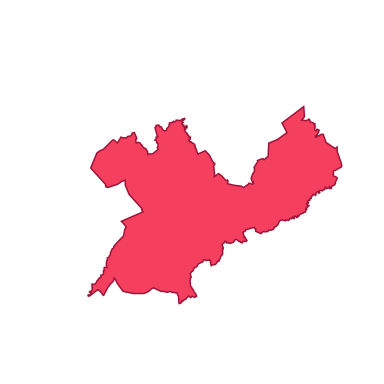 Ixtlán del Río, Nayarit, Mexico (Robinson projection), rotated 55°
{"feature_id": "50627088B6071095399846", "entity_name": "Ixtlán del Río", "entity_type": "district", "adm_level": 2, "iso_a3": "MEX", "parent_name": "Mexico", "parent_adm1": "Nayarit", "projection": "robinson", "projection_center": [-104.302, 21.029], "detail": "fine", "context": "isolated", "style": "filled", "palette": "rose", "viewbox_px": 384, "rotation_deg": 55, "n_neighbors": 0, "source": "geoboundaries", "source_scale": "gbopen_adm2", "svg_char_len": 6056}
<svg xmlns="http://www.w3.org/2000/svg" viewBox="0 0 384 384"><g transform="rotate(55 192 192)"><path d="M267.4,74.0L268.0,72.0L267.7,70.5L267.2,69.6L266.0,68.7L264.8,66.2L263.8,65.0L262.8,65.1L260.0,66.8L257.6,65.6L256.4,64.0L255.9,63.2L256.6,61.6L256.7,58.4L257.3,55.9L256.5,54.3L254.0,53.2L242.6,50.0L238.4,47.4L238.5,49.8L228.3,53.8L219.9,51.4L218.6,54.0L219.1,55.6L218.0,56.7L218.5,58.3L218.3,59.0L217.7,59.4L216.8,58.7L217.1,58.0L216.0,54.7L214.3,52.4L212.3,53.5L213.2,55.3L211.8,55.8L210.4,55.1L208.9,53.3L207.9,53.5L206.8,52.2L206.2,53.1L205.7,52.8L204.7,53.1L202.5,54.9L200.8,54.3L199.5,54.3L199.1,57.8L197.2,59.4L196.0,61.0L194.8,56.7L186.1,51.5L187.1,78.7L197.8,80.1L198.0,90.8L197.8,93.1L196.0,101.1L206.6,109.3L206.5,112.0L207.0,112.5L206.8,114.6L205.2,114.8L203.8,120.1L204.2,120.0L204.8,120.8L207.4,127.0L208.5,127.2L209.3,128.1L210.3,128.4L211.6,130.4L211.7,131.6L214.9,135.9L219.0,136.8L219.0,136.1L220.4,136.9L220.0,137.4L220.0,138.6L218.3,139.3L217.5,140.2L218.1,142.2L217.9,142.7L218.1,147.2L215.5,148.2L210.5,153.8L205.4,158.3L204.3,156.8L203.4,156.1L202.6,156.0L202.4,157.3L201.3,157.8L195.7,158.4L192.1,159.7L192.2,164.8L190.5,163.4L183.1,159.2L182.1,157.1L178.6,157.6L171.8,156.6L165.8,157.5L164.3,165.5L158.2,163.7L157.3,164.1L156.1,162.9L155.0,162.7L153.3,162.8L151.5,163.9L150.1,164.1L149.9,164.9L149.0,164.7L147.7,164.9L147.8,164.4L147.1,163.6L147.6,163.0L146.1,161.8L145.4,162.9L143.9,162.4L144.0,162.8L142.9,163.0L141.0,162.3L139.4,163.0L136.9,162.5L136.9,161.7L136.5,162.4L136.8,161.6L136.1,160.7L135.4,162.2L136.0,160.5L135.8,160.0L136.1,158.8L134.6,158.3L134.6,159.8L134.2,160.6L135.1,160.9L134.1,160.7L135.0,161.0L134.9,161.2L133.9,160.8L133.3,161.1L132.4,160.4L132.2,161.5L129.8,160.9L130.1,159.5L128.9,159.8L128.5,159.4L128.4,157.7L127.9,155.9L127.5,155.8L126.6,158.4L126.9,160.4L124.1,163.6L124.6,163.9L124.4,166.5L123.6,166.5L123.7,168.2L122.5,171.0L123.6,171.3L123.8,172.2L125.0,173.5L125.6,176.3L126.9,177.9L125.9,179.5L125.0,180.3L122.3,179.9L120.5,180.0L120.1,181.0L118.9,181.1L118.4,180.7L117.4,181.9L116.9,183.3L117.8,184.0L117.9,184.9L118.3,185.1L118.2,185.5L125.2,188.0L127.0,188.0L127.0,188.8L126.4,189.9L128.0,191.1L128.2,192.6L129.2,191.6L131.4,192.7L132.7,192.3L133.4,192.4L134.9,193.6L135.4,194.7L136.3,195.2L137.9,195.4L137.8,198.1L138.2,201.8L137.1,204.2L135.8,205.8L136.0,206.6L135.7,206.9L133.8,205.3L130.2,205.0L127.6,206.3L125.2,206.4L124.9,206.1L123.6,206.6L122.2,206.3L120.6,207.3L120.0,209.3L119.5,209.6L116.5,207.8L116.8,207.1L116.3,206.4L110.2,205.1L109.4,207.3L110.9,209.3L110.5,211.0L109.6,212.8L109.9,215.3L109.0,215.9L108.1,217.3L106.3,218.8L106.6,219.1L108.9,225.1L104.5,226.1L103.9,227.3L106.2,240.2L105.4,243.6L105.5,247.5L114.2,261.2L136.2,258.5L138.5,259.6L140.1,258.1L143.0,248.3L143.1,243.1L144.0,240.0L148.3,242.8L158.1,244.9L177.4,242.5L177.6,243.5L180.2,243.5L175.5,266.6L182.6,265.8L184.3,268.8L188.6,273.1L191.0,284.8L191.5,285.4L191.5,287.0L192.5,287.8L193.0,288.9L192.7,289.7L195.0,293.7L196.4,294.7L196.7,296.0L197.4,296.8L197.7,298.0L197.5,299.4L198.9,300.1L200.0,302.0L202.5,304.0L205.0,304.9L203.5,307.0L204.2,308.0L206.1,308.9L205.7,309.7L208.3,311.6L208.5,312.9L207.9,314.5L209.6,315.3L209.3,317.6L209.7,319.0L210.2,319.3L210.2,320.5L211.8,323.6L211.3,325.7L210.4,326.2L210.1,326.9L211.8,327.7L212.2,328.4L213.0,328.5L215.1,330.1L215.3,331.1L214.9,332.7L215.1,333.4L216.5,332.5L217.7,333.9L216.9,335.8L216.9,336.3L217.4,336.3L217.5,336.6L218.4,336.1L218.0,325.5L220.8,324.1L225.4,324.0L226.0,323.7L221.7,315.3L221.1,312.6L220.5,312.0L220.3,309.5L219.6,307.1L217.9,305.1L218.8,304.9L224.2,305.6L233.4,305.5L235.4,304.1L241.9,297.8L247.4,289.8L248.3,286.8L248.5,283.8L248.0,280.3L248.7,278.3L255.6,274.4L257.4,272.0L260.0,269.7L260.9,266.9L262.3,266.2L266.3,262.1L267.9,262.8L269.1,262.6L275.9,266.6L276.3,266.2L276.5,264.0L275.5,263.0L275.7,262.5L276.2,262.2L275.7,261.6L276.3,258.4L276.0,258.2L275.3,254.5L275.7,254.1L277.7,253.8L277.7,251.4L279.0,250.9L280.1,249.5L280.0,247.9L277.5,247.4L274.7,247.6L273.5,247.1L268.0,247.1L262.0,243.3L261.5,241.6L257.9,240.3L257.2,238.5L257.1,236.1L256.0,234.8L255.5,233.5L255.9,230.8L254.5,228.0L255.4,223.1L254.2,222.0L254.2,221.6L254.8,220.5L256.2,220.0L256.7,218.4L257.2,218.0L257.4,216.7L258.2,216.9L258.7,216.4L259.2,216.4L261.4,218.0L263.5,218.4L263.3,217.4L264.8,214.3L264.0,211.8L263.3,210.8L263.8,210.4L264.0,209.3L260.8,204.5L261.0,204.1L260.3,202.3L258.2,201.1L257.8,201.2L256.6,199.2L256.0,198.8L255.8,199.2L255.2,198.2L252.6,197.9L252.0,196.6L252.2,195.2L251.3,193.5L251.9,192.4L253.3,193.0L255.9,190.1L256.8,187.3L256.7,186.0L255.8,184.2L256.0,183.2L257.3,182.4L259.2,182.0L260.0,181.3L261.4,181.0L262.5,179.9L261.9,178.7L262.2,177.6L263.4,176.5L263.4,174.9L261.8,174.6L261.1,175.0L259.5,174.5L259.3,176.0L258.9,174.9L254.2,173.5L254.6,170.5L253.7,169.7L256.7,161.2L257.9,161.7L258.9,161.1L260.7,162.4L265.7,159.3L265.2,156.5L266.6,154.9L267.9,152.4L267.1,151.2L268.7,149.0L269.3,146.7L268.2,145.0L268.5,144.6L268.1,143.6L268.4,142.4L268.1,141.7L268.3,141.0L266.0,137.0L266.4,134.2L268.7,132.6L269.1,132.1L268.6,131.4L269.4,130.7L269.6,129.9L270.7,129.1L270.5,128.1L269.9,127.8L270.0,126.8L270.9,126.0L270.1,124.1L270.8,123.8L271.6,124.2L272.4,123.7L272.0,123.0L270.6,121.9L271.6,120.9L272.9,120.9L273.3,120.4L273.0,119.8L272.2,119.7L272.0,119.0L272.2,118.6L272.9,118.9L273.1,118.5L272.3,117.3L272.3,115.7L272.7,115.1L273.0,113.1L272.7,111.9L273.5,110.6L272.0,108.9L272.0,108.1L270.7,108.4L270.5,108.1L270.9,106.5L270.5,106.3L270.3,104.0L269.9,104.1L269.5,105.2L268.7,104.8L267.7,105.2L267.2,104.4L267.9,103.8L267.6,102.6L265.9,102.7L265.6,101.1L266.2,100.7L266.2,99.8L265.0,99.2L265.5,98.0L264.8,97.4L263.4,94.3L263.5,94.0L264.2,94.0L264.5,93.1L265.6,92.7L265.4,92.0L264.3,91.7L263.6,89.1L263.9,88.8L264.6,88.7L264.8,88.1L265.7,88.8L265.8,88.1L265.8,87.7L264.7,87.5L264.0,86.9L264.5,85.8L265.8,84.5L265.4,83.4L266.0,82.7L265.8,81.2L264.5,80.0L266.6,79.5L266.5,79.0L266.9,77.7L266.6,76.7L268.1,77.4L268.4,77.2L267.9,75.9L268.8,75.6L267.9,75.0L267.4,74.0Z" fill="#f43f5e" stroke="#9f1239" stroke-width="1.5"/></g></svg>